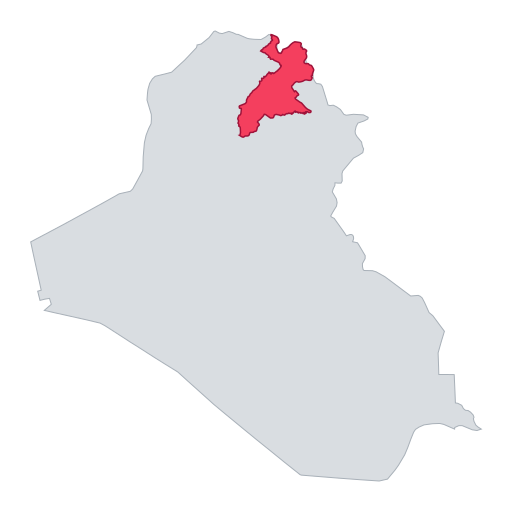 Arbil on a map of Iraq (orthographic projection)
{"feature_id": "IRQ-3050", "entity_name": "Arbil", "entity_type": "Province", "adm_level": 1, "iso_a3": "IRQ", "parent_name": "Iraq", "parent_adm1": "", "projection": "orthographic", "projection_center": [44.221, 36.37], "detail": "fine", "context": "in_parent", "style": "filled", "palette": "rose", "viewbox_px": 512, "rotation_deg": 0, "n_neighbors": 0, "source": "natural_earth", "source_scale": "10m", "svg_char_len": 8363}
<svg xmlns="http://www.w3.org/2000/svg" viewBox="0 0 512 512"><path d="M197.0,45.0L201.2,44.0L209.1,37.6L213.8,31.5L215.2,31.0L219.3,33.1L222.2,33.6L228.9,31.4L232.9,32.7L236.3,34.3L238.2,34.4L247.2,38.3L249.4,38.8L254.1,39.3L261.1,39.5L265.6,37.0L268.7,34.6L270.9,34.7L273.1,35.3L274.9,36.3L276.4,38.1L277.2,40.7L276.9,48.9L277.6,51.0L278.8,52.6L280.4,52.9L282.3,51.1L285.6,48.5L289.6,45.6L292.7,43.0L294.4,42.1L297.1,42.2L299.8,42.6L301.3,43.9L301.3,44.3L302.8,48.1L306.4,62.5L308.5,64.3L310.8,65.8L312.5,67.9L313.2,70.1L313.0,73.4L313.1,77.3L314.1,80.2L315.5,82.5L316.7,83.6L318.6,83.7L320.8,84.2L322.4,86.5L327.4,102.8L327.9,104.9L329.9,105.6L333.3,105.2L336.7,106.9L340.4,109.5L343.9,114.4L346.3,115.2L353.5,114.3L363.5,114.9L368.2,117.4L367.8,119.0L364.2,120.9L357.9,123.1L356.1,126.6L355.1,131.2L355.4,133.8L357.0,136.6L361.6,142.1L361.9,144.1L362.7,146.9L363.6,148.9L362.8,152.6L358.7,155.3L353.4,158.2L342.8,170.9L342.0,173.6L342.2,181.0L341.1,183.1L337.7,183.1L335.0,182.8L334.9,185.4L333.2,188.8L332.3,191.9L336.4,198.9L337.1,202.6L336.5,206.1L332.9,212.0L330.7,216.0L331.3,216.9L334.2,218.4L343.4,231.3L346.4,235.8L350.2,234.5L351.7,234.6L352.8,235.3L353.5,236.8L353.6,238.8L352.6,241.7L357.5,242.8L359.3,245.7L365.2,255.7L365.1,258.7L362.4,263.6L362.5,266.7L363.1,269.5L364.0,270.5L372.5,270.7L376.1,271.8L385.0,276.8L395.2,284.4L403.6,290.7L410.7,296.0L418.2,295.4L420.3,296.3L422.2,298.0L424.5,302.4L429.1,312.6L432.9,315.8L438.8,323.8L444.4,331.3L441.2,341.9L438.1,352.9L438.6,367.0L438.8,374.5L446.1,374.5L454.2,374.6L454.6,383.6L455.0,392.6L455.4,402.9L457.8,403.3L461.7,405.3L463.4,408.6L465.5,410.3L468.0,410.5L470.5,412.1L473.1,414.9L474.0,417.2L473.4,418.7L474.0,421.4L475.9,425.2L478.0,427.0L481.3,429.1L477.0,430.5L472.3,429.8L462.1,425.6L458.9,425.6L454.7,427.5L454.6,429.1L443.8,424.4L440.0,423.5L438.6,423.5L432.6,423.7L424.0,424.9L419.0,427.1L415.5,429.4L414.0,431.6L413.4,432.8L410.8,439.2L407.8,447.4L404.7,454.8L398.5,465.2L395.0,470.1L387.5,479.1L379.2,481.0L359.8,479.7L338.4,478.1L317.1,476.4L301.2,475.1L300.0,474.6L284.3,462.1L272.0,452.1L256.6,439.7L241.0,426.9L225.2,413.9L213.8,404.4L200.1,392.1L187.6,380.9L177.8,372.0L165.2,364.2L155.3,358.0L141.1,348.9L129.7,341.7L120.0,335.4L105.1,325.8L100.1,323.1L84.5,319.4L69.7,316.1L54.4,312.7L44.3,310.4L51.3,304.3L49.5,298.4L44.6,299.2L40.0,300.4L37.7,291.2L41.2,290.2L38.6,278.3L35.9,266.0L33.3,254.1L30.7,241.9L43.9,234.9L53.7,229.7L67.5,222.3L80.7,215.1L93.2,208.3L107.0,200.7L119.2,193.8L130.3,191.3L132.7,189.0L138.1,179.2L142.6,170.9L142.9,168.9L143.2,156.8L144.4,142.7L146.1,135.2L148.7,128.5L151.1,123.7L151.4,119.2L151.3,114.5L149.2,107.4L147.0,100.0L147.5,93.0L148.0,89.2L149.7,83.3L152.4,78.9L155.2,76.3L165.5,73.8L171.6,72.2L179.8,64.6L184.7,60.1L191.5,52.9L196.5,47.6L197.0,45.7L197.0,45.0Z" fill="#d9dde1" stroke="#a8b0b8" stroke-width="1"/><path d="M271.1,34.6L272.0,34.8L276.1,36.5L277.1,37.1L277.8,37.9L278.3,38.8L278.7,40.0L278.9,41.2L279.0,41.9L278.9,42.5L278.5,43.1L278.1,43.3L277.6,43.4L277.1,43.7L276.3,44.6L276.0,45.8L275.9,46.9L276.3,48.0L278.0,52.0L278.3,52.6L278.7,52.9L280.5,53.4L281.0,53.3L281.4,52.9L281.8,52.0L282.5,50.8L282.7,50.0L283.0,49.4L286.7,48.1L287.8,47.5L288.9,46.7L290.0,45.3L291.5,43.8L293.2,42.6L294.6,41.9L295.4,41.9L299.9,42.5L300.8,43.0L301.3,43.9L300.8,45.5L300.8,46.0L301.1,47.0L301.4,47.3L302.0,47.6L302.3,47.8L302.5,48.1L302.7,49.0L302.9,49.2L303.3,49.3L304.2,49.0L304.6,49.0L304.9,49.2L305.4,49.7L306.4,50.2L306.6,50.7L306.6,51.3L306.1,51.9L305.9,53.4L306.1,54.3L306.5,55.2L306.7,56.4L306.5,57.7L305.9,58.7L304.4,60.6L303.9,62.0L304.3,62.9L305.2,63.5L306.3,63.7L307.6,63.6L308.3,63.7L308.8,64.2L309.2,64.7L309.7,65.0L310.2,65.2L310.8,65.2L311.5,65.6L312.1,66.5L313.2,68.4L313.7,69.6L313.6,70.6L312.8,72.6L312.3,74.4L312.3,75.6L311.4,76.0L311.4,76.9L312.0,77.7L312.2,77.8L312.0,78.4L311.8,78.9L311.2,79.8L310.7,80.2L310.1,80.4L308.6,80.3L306.7,79.9L305.8,79.9L304.8,80.1L302.6,81.3L300.7,81.8L298.7,82.1L297.4,81.7L296.7,81.6L295.8,81.9L294.4,83.0L293.6,84.0L293.1,84.7L291.7,86.0L291.7,87.1L291.9,87.8L294.4,91.6L294.9,91.1L295.2,90.9L295.6,90.9L296.1,91.3L298.3,93.9L298.5,94.3L298.6,94.8L298.2,95.3L297.2,95.7L296.9,96.0L296.4,96.8L296.1,97.2L295.1,97.9L295.3,98.6L295.6,99.1L300.0,102.2L301.0,102.7L301.5,103.0L301.9,103.4L305.2,107.2L306.6,108.5L307.7,109.3L310.7,110.8L311.0,111.1L311.0,111.3L311.0,111.5L310.8,112.1L310.5,112.4L310.2,112.5L309.7,112.6L308.7,112.5L308.3,112.4L307.4,111.7L307.2,111.7L306.7,111.8L306.1,111.6L305.8,111.7L305.7,111.8L306.2,112.9L305.9,113.3L305.3,113.5L304.8,113.9L304.7,114.0L304.6,113.9L304.5,113.6L304.4,112.8L304.4,112.6L304.1,112.5L303.9,112.5L303.6,112.8L303.5,113.0L303.5,113.5L303.3,113.7L303.1,113.6L302.8,113.4L302.4,112.9L302.2,112.8L301.9,112.8L301.1,113.2L300.9,113.2L300.6,113.0L300.4,112.6L300.1,112.5L299.8,112.5L298.7,112.9L298.3,112.9L298.1,112.6L298.1,112.2L297.9,112.0L297.7,112.0L297.2,112.3L296.7,112.0L296.4,111.8L295.6,112.2L295.3,111.8L295.3,111.2L295.2,111.1L294.4,111.4L293.9,112.3L293.6,112.6L292.9,113.3L292.7,113.3L292.3,113.0L292.1,113.0L291.9,113.2L291.9,113.3L292.0,113.9L292.0,114.1L291.8,114.2L291.6,114.1L291.2,113.5L290.8,113.3L290.6,113.4L290.2,113.6L289.7,113.4L288.8,113.1L287.8,113.7L287.4,113.7L286.9,113.6L286.6,113.6L285.9,114.1L285.1,114.5L284.9,114.6L284.7,115.1L284.2,115.0L283.5,114.9L282.7,114.5L282.3,114.9L282.1,115.1L281.5,115.4L280.7,115.6L280.4,115.5L279.6,115.1L276.2,114.4L275.5,114.6L274.4,115.0L273.8,116.7L273.4,117.5L273.0,117.8L272.1,118.0L270.4,118.0L265.8,114.7L264.8,114.3L264.1,114.4L263.6,115.6L260.4,119.1L257.7,121.3L257.5,121.8L257.5,122.2L257.8,122.4L258.7,123.5L259.0,124.0L259.2,124.5L259.2,125.1L258.8,125.6L258.2,126.1L257.5,127.0L257.2,127.6L257.0,128.9L256.5,130.6L256.1,131.1L255.6,131.3L254.6,131.4L253.2,132.3L251.7,132.4L250.7,132.4L250.1,132.6L249.7,133.2L249.2,134.8L248.8,135.4L248.1,135.8L247.2,136.0L245.3,136.0L244.6,136.3L243.8,137.0L243.3,137.1L242.8,137.1L241.9,136.8L241.5,136.6L239.5,135.3L240.0,135.2L240.2,134.1L240.4,133.0L240.5,132.5L240.3,128.3L240.2,127.4L239.8,126.8L239.5,126.5L239.3,126.4L238.9,126.2L238.7,125.9L239.0,125.1L238.8,124.4L238.6,123.9L238.0,123.2L238.0,122.9L238.3,122.4L238.6,120.9L237.9,119.2L237.8,118.4L238.0,117.8L238.9,115.6L239.2,115.2L239.4,115.1L240.1,115.0L240.4,114.7L240.9,113.6L241.3,109.8L241.3,108.8L241.2,108.5L239.9,108.3L239.4,107.9L239.2,106.5L239.5,105.9L245.2,103.6L245.7,103.1L246.4,102.2L246.5,101.9L246.5,101.7L246.5,100.2L246.6,99.8L247.5,98.0L247.8,97.3L248.0,96.8L248.2,96.6L248.5,96.6L249.4,95.9L249.9,94.9L250.1,94.3L250.4,93.9L251.8,92.6L252.1,92.1L252.7,91.2L253.0,90.8L253.4,90.4L254.4,90.0L255.0,89.3L255.3,89.1L256.1,88.6L256.8,87.9L258.7,85.7L259.4,84.5L259.8,83.4L259.7,82.1L259.5,81.6L259.5,81.4L259.6,81.2L260.6,81.3L260.9,81.2L261.7,80.7L261.8,80.4L261.9,80.2L261.9,79.7L261.6,79.1L261.6,78.6L261.7,78.3L261.9,78.2L263.2,78.4L263.6,78.2L263.8,77.9L263.9,77.6L263.9,76.9L263.9,76.5L264.1,76.4L264.5,76.6L264.6,76.8L264.8,76.9L265.1,76.8L265.7,76.3L266.0,75.9L266.4,75.6L266.7,75.1L266.9,74.6L268.0,73.4L268.4,73.1L268.6,73.0L268.9,73.1L269.1,73.1L269.1,72.9L269.0,72.7L268.9,72.5L268.9,72.2L269.0,72.1L269.3,72.6L269.6,72.9L269.8,72.9L270.5,72.8L270.8,72.8L270.8,73.0L270.6,73.6L270.6,73.8L270.8,73.9L271.1,74.0L271.2,73.9L271.4,73.3L271.5,73.1L271.9,73.1L272.6,72.8L273.1,72.9L273.2,73.0L273.3,73.1L273.3,73.4L273.5,73.5L274.0,73.4L274.5,72.9L275.3,72.4L276.5,71.3L276.8,71.1L277.5,70.9L278.2,69.8L279.5,68.7L281.0,66.6L281.2,66.1L281.2,65.6L281.1,65.4L280.6,65.6L280.1,64.5L279.7,64.0L279.6,63.3L279.5,63.1L279.3,62.9L278.9,62.6L278.2,62.1L274.1,60.3L273.8,60.0L273.6,59.8L273.4,59.5L273.1,59.3L271.4,59.1L270.6,59.2L270.1,58.5L270.1,58.4L270.2,58.0L270.2,57.8L269.9,57.3L269.7,57.2L268.7,57.2L269.0,56.8L269.0,56.6L268.7,56.0L268.6,55.7L268.4,55.4L266.1,53.9L264.9,52.7L264.7,52.7L264.4,52.7L263.4,52.5L260.7,51.0L261.5,50.0L262.1,49.7L262.5,49.7L262.8,49.2L263.2,48.3L263.4,48.1L264.2,47.6L265.8,47.0L266.0,46.8L266.0,46.7L265.9,46.4L267.6,45.6L267.8,45.4L268.6,44.1L268.9,43.9L269.8,43.4L270.3,43.2L270.5,43.0L270.6,42.9L270.4,42.5L270.5,42.3L270.6,42.0L271.1,41.3L271.5,41.0L271.9,40.6L272.4,40.4L272.4,40.0L272.3,39.4L272.2,39.3L271.8,39.2L271.6,39.0L271.4,38.3L271.5,37.9L271.6,37.6L272.0,36.8L272.0,36.6L271.9,36.4L271.4,36.1L271.3,35.8L271.1,35.7L270.9,35.4L271.1,34.6Z" fill="#f43f5e" stroke="#9f1239" stroke-width="1.5"/></svg>